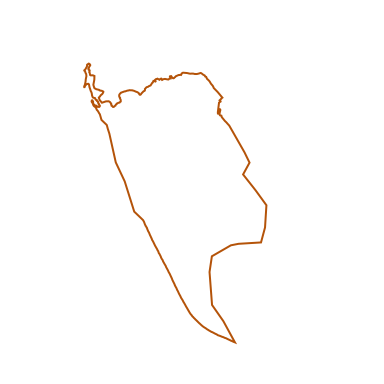 outline of Anloga, Volta, Ghana, rotated 70°
{"feature_id": "2480657B74011824532465", "entity_name": "Anloga", "entity_type": "district", "adm_level": 2, "iso_a3": "GHA", "parent_name": "Ghana", "parent_adm1": "Volta", "projection": "albers", "projection_center": [0.753, 5.825], "detail": "fine", "context": "isolated", "style": "outline", "palette": "amber", "viewbox_px": 384, "rotation_deg": 70, "n_neighbors": 0, "source": "geoboundaries", "source_scale": "gbopen_adm2", "svg_char_len": 5699}
<svg xmlns="http://www.w3.org/2000/svg" viewBox="0 0 384 384"><g transform="rotate(70 192 192)"><path d="M37.7,244.2L37.5,244.4L37.2,244.6L36.6,244.5L36.0,245.1L36.0,245.3L36.3,246.0L36.3,246.5L36.5,246.9L36.7,247.2L37.5,247.4L38.2,247.9L40.3,250.3L40.7,251.4L41.1,251.7L42.0,251.2L43.6,251.3L45.0,251.1L47.0,251.6L49.8,253.3L52.1,254.4L53.7,255.4L55.4,256.6L55.7,257.1L56.4,257.4L56.6,257.4L56.7,257.1L56.5,256.8L55.8,256.4L55.5,255.9L54.7,254.5L54.6,254.1L54.7,253.0L54.9,252.4L55.3,252.2L55.7,252.0L58.6,252.5L60.4,252.5L62.5,252.6L63.2,252.5L63.9,252.4L65.3,252.5L67.0,252.9L68.8,252.9L69.2,252.8L69.8,252.3L70.5,251.1L70.8,251.0L71.8,251.0L72.3,250.9L72.7,250.6L72.9,250.1L73.1,250.0L73.6,250.2L73.9,250.2L74.4,249.9L74.8,249.5L75.3,249.5L76.1,249.7L76.4,249.7L76.5,249.6L76.7,249.4L76.9,249.4L77.3,249.6L77.6,249.6L77.7,249.3L77.9,249.2L78.6,249.3L78.9,249.4L79.3,249.2L79.6,249.1L79.8,249.3L80.2,249.8L80.3,250.1L80.0,250.8L79.9,251.3L79.6,251.5L79.4,251.6L79.2,252.0L78.4,252.3L78.2,252.4L77.5,253.4L77.0,253.9L75.8,254.5L75.4,254.5L74.9,254.4L73.8,254.4L73.1,254.0L72.8,254.1L72.5,254.4L71.8,254.3L71.7,254.4L71.7,254.8L72.4,255.3L73.0,255.4L74.6,255.0L76.8,255.0L77.5,254.8L78.0,254.6L78.6,254.1L80.1,253.5L80.8,253.4L82.1,253.4L83.9,252.7L86.4,252.3L87.4,252.0L93.3,252.4L99.8,249.2L100.2,249.2L102.7,249.4L103.6,249.5L108.9,249.7L138.1,253.5L159.0,251.6L190.7,253.0L201.7,247.6L203.6,247.3L204.0,247.3L206.2,247.3L207.2,247.2L207.9,247.2L208.6,246.9L210.0,246.8L210.4,246.7L210.5,246.6L211.4,246.7L212.2,246.7L212.9,246.6L214.1,246.6L215.2,246.3L218.5,246.2L218.9,246.1L221.6,245.9L221.8,245.8L223.1,245.9L225.2,245.5L227.2,245.3L229.2,245.1L229.5,245.1L232.4,244.6L234.1,244.3L235.2,244.3L235.9,244.0L238.2,244.1L238.8,243.8L241.4,243.5L241.9,243.4L242.9,243.5L243.5,243.4L244.5,243.3L245.8,242.9L247.3,242.9L251.0,242.3L252.2,242.0L253.6,242.0L257.5,241.4L259.4,241.3L260.8,241.0L261.5,240.9L263.0,240.8L266.2,240.5L266.6,240.5L266.8,240.5L267.8,240.5L268.0,240.5L272.4,240.0L273.8,240.0L273.9,239.9L274.8,239.9L277.0,239.5L277.8,239.5L279.3,239.4L280.2,239.2L283.0,239.0L286.4,238.5L287.4,238.5L290.6,237.8L292.6,237.6L292.8,237.5L295.6,237.0L296.5,236.9L298.3,236.6L299.7,236.3L301.1,236.1L301.5,236.0L302.8,235.8L302.9,235.7L304.5,235.5L305.5,235.2L306.5,235.0L307.8,234.4L308.6,234.3L309.2,234.1L309.8,233.7L311.0,233.3L312.1,232.7L313.2,232.3L313.8,231.9L315.0,231.4L315.2,231.2L315.8,231.0L318.1,229.9L318.3,229.7L319.4,229.2L321.8,227.9L323.8,226.5L324.3,226.0L326.7,224.4L327.1,223.9L327.5,223.7L328.5,222.9L328.7,222.7L330.3,221.4L330.5,221.0L333.4,218.4L334.2,217.5L335.3,216.8L336.9,214.8L338.4,213.2L339.2,212.1L340.2,211.2L340.9,210.2L342.7,208.5L344.5,206.7L344.8,206.5L344.8,206.4L347.3,203.9L348.0,203.1L324.1,206.7L305.0,211.8L273.2,202.9L259.2,195.3L255.4,173.7L256.6,166.0L263.0,144.4L250.3,135.5L229.9,126.6L212.1,131.7L193.0,138.0L184.1,127.9L172.7,129.1L142.3,134.3L139.9,135.3L138.3,135.9L136.5,136.8L133.6,137.8L131.9,138.4L130.3,138.3L129.6,139.4L129.3,139.5L128.7,139.6L127.5,139.2L124.6,137.3L124.3,137.3L123.8,137.4L123.6,137.6L123.5,138.0L123.7,138.3L123.9,138.4L125.6,138.9L127.9,141.0L126.7,140.7L125.8,140.4L117.2,136.0L116.8,134.2L116.6,134.1L115.3,134.7L114.2,132.2L113.9,132.0L113.7,131.2L106.8,133.7L101.7,136.0L100.6,136.0L100.1,136.1L99.2,136.2L96.9,137.1L96.0,137.3L94.2,137.6L92.9,138.1L90.7,139.2L88.7,139.3L88.0,140.1L86.9,140.2L85.3,141.6L84.5,142.0L83.4,142.8L83.1,143.2L83.0,145.4L82.8,147.1L82.7,147.4L82.4,148.0L82.2,148.8L81.1,150.5L81.0,150.9L80.7,151.5L80.3,153.0L80.0,153.6L79.5,154.5L79.1,155.0L78.5,156.0L77.1,159.0L76.9,159.5L76.8,160.1L77.1,161.1L77.7,161.6L78.2,162.2L77.9,162.5L77.8,162.9L77.9,163.4L77.5,164.6L77.7,167.7L78.2,168.4L78.2,168.6L78.5,169.5L78.8,170.0L78.8,170.5L78.6,170.9L77.6,171.7L76.6,171.7L75.9,172.0L75.8,173.2L76.0,173.3L76.6,172.9L78.0,173.3L77.7,174.4L78.2,175.5L78.2,175.8L78.1,176.0L77.3,177.4L76.5,178.7L76.3,179.7L76.2,180.6L76.5,181.7L76.5,181.8L76.2,181.9L75.7,181.8L75.0,182.0L74.9,182.4L74.9,183.1L75.4,184.2L73.7,185.7L73.8,186.1L73.7,186.6L73.6,186.8L73.6,187.2L74.0,188.4L74.2,188.5L75.2,188.3L75.5,188.3L75.7,188.6L75.6,188.8L74.7,189.5L74.4,190.2L74.6,190.4L74.9,190.7L75.2,191.0L75.6,191.3L75.8,191.6L75.8,192.0L77.7,194.5L77.8,196.4L78.1,197.3L78.0,198.6L78.0,198.9L79.1,201.0L80.0,201.3L80.5,201.6L80.7,202.0L80.8,203.1L82.1,205.8L82.8,206.7L82.9,207.1L82.9,207.6L82.6,207.9L82.2,208.1L81.2,208.1L80.7,208.4L80.0,208.8L79.3,209.4L78.7,210.2L76.8,212.2L76.5,212.8L76.1,213.2L74.9,216.1L74.9,216.8L74.7,217.7L74.6,218.5L74.6,220.4L74.4,221.0L74.4,221.8L74.4,224.9L74.8,225.4L74.9,225.9L75.3,226.5L75.8,227.1L76.3,227.4L76.5,227.4L77.3,227.7L78.0,227.6L78.5,227.7L78.9,227.4L79.3,227.6L80.0,227.6L81.0,227.5L81.7,227.7L82.4,227.9L82.7,228.2L82.8,228.9L83.2,229.5L83.1,229.9L83.0,230.8L83.2,232.1L83.2,232.3L83.5,232.5L83.7,233.4L84.1,234.0L84.6,234.3L84.8,235.3L85.3,236.5L85.0,237.2L84.2,237.5L83.8,237.8L83.5,237.8L83.3,238.0L83.1,237.8L82.6,237.9L81.7,238.0L81.2,237.7L81.0,237.8L80.8,238.0L79.6,238.2L78.9,238.8L78.5,239.0L78.2,239.4L77.4,241.9L77.3,246.1L74.1,247.3L71.5,247.3L71.2,246.9L70.7,245.7L70.2,245.2L69.8,244.5L69.3,243.0L68.8,242.2L67.6,241.0L67.3,241.0L67.0,241.2L66.8,241.5L66.1,242.1L65.8,242.7L65.5,243.0L65.4,243.5L65.0,243.8L64.8,244.2L64.2,244.4L62.6,246.9L62.0,247.3L61.3,248.0L60.8,248.2L58.4,248.1L57.5,248.0L56.8,247.6L53.1,245.4L52.1,245.0L49.6,244.0L48.4,245.3L47.8,247.2L47.3,247.7L47.1,247.7L44.9,247.4L44.3,247.3L44.1,247.5L43.5,247.1L43.4,246.9L43.1,246.7L42.7,246.6L42.3,246.7L41.9,247.2L41.2,247.0L40.9,247.3L40.6,247.2L40.4,247.1L40.0,246.4L39.5,246.0L39.0,245.6L38.3,244.4L37.9,244.2L37.7,244.2Z" fill="none" stroke="#b45309" stroke-width="2"/></g></svg>